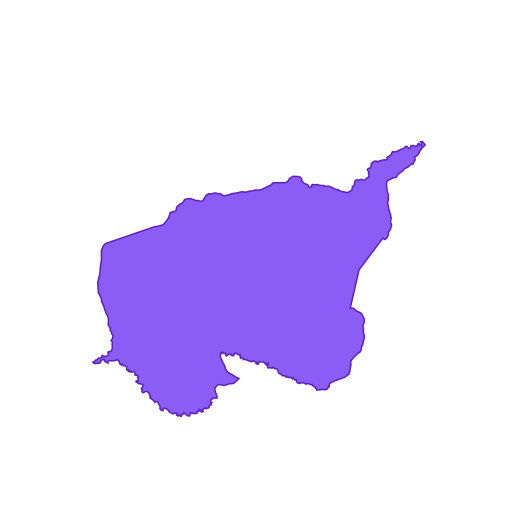 Bom Jesus do Araguaia, Mato Grosso, Brazil (Natural Earth projection), rotated 299°
{"feature_id": "56859067B58410572569646", "entity_name": "Bom Jesus do Araguaia", "entity_type": "district", "adm_level": 2, "iso_a3": "BRA", "parent_name": "Brazil", "parent_adm1": "Mato Grosso", "projection": "natural_earth1", "projection_center": [-51.737, -12.202], "detail": "fine", "context": "isolated", "style": "filled", "palette": "violet", "viewbox_px": 512, "rotation_deg": 299, "n_neighbors": 0, "source": "geoboundaries", "source_scale": "gbopen_adm2", "svg_char_len": 6056}
<svg xmlns="http://www.w3.org/2000/svg" viewBox="0 0 512 512"><g transform="rotate(299 256 256)"><path d="M94.1,169.6L92.6,170.0L91.6,169.6L90.1,167.5L88.3,167.4L87.1,166.1L85.4,166.0L84.2,164.8L83.5,166.7L86.5,171.3L89.5,171.2L90.8,172.0L91.9,173.2L90.8,174.3L90.3,175.6L90.8,177.0L90.7,178.4L91.7,177.7L93.1,178.1L95.3,182.3L98.3,185.5L97.7,186.8L95.7,189.2L95.4,191.0L96.7,191.3L95.7,192.9L96.5,194.9L96.3,196.5L94.8,197.6L93.7,198.0L94.5,199.4L93.2,200.3L94.5,201.0L93.5,201.8L94.3,203.9L95.2,204.4L95.7,206.0L94.9,206.9L93.3,207.6L93.5,209.0L94.2,210.0L93.6,211.6L92.6,211.1L91.0,212.7L89.7,213.5L88.8,211.8L87.7,212.1L87.8,213.9L87.3,215.1L88.3,216.9L88.5,218.6L88.2,219.9L87.1,220.3L85.8,220.2L84.6,219.8L83.4,221.8L82.3,221.8L81.5,223.1L82.1,224.0L83.5,224.6L84.5,226.0L84.7,227.5L83.5,230.1L82.5,230.5L81.7,232.2L80.5,232.0L80.0,236.2L78.9,238.5L80.3,239.2L80.8,241.1L79.6,242.1L78.0,245.0L76.1,245.9L75.2,247.1L75.2,248.6L75.8,249.6L77.2,248.6L78.4,249.3L78.9,252.9L77.6,255.8L77.6,259.8L78.5,260.4L80.1,262.6L78.4,263.6L78.4,265.6L79.8,265.5L79.3,267.1L79.6,268.5L81.7,268.1L82.8,269.3L84.0,269.1L83.7,270.3L83.7,271.8L83.0,273.0L83.8,275.4L87.3,274.9L87.4,276.2L88.6,279.2L90.0,280.7L91.5,280.0L92.7,281.4L94.2,280.7L94.1,282.4L93.2,283.3L93.4,284.6L94.5,285.2L95.1,284.0L97.6,284.6L98.6,285.2L98.1,286.3L100.6,288.5L102.0,287.3L104.3,289.1L105.6,287.9L106.6,288.4L106.6,286.8L107.7,286.3L109.2,286.6L111.7,288.5L112.3,290.1L113.1,290.8L115.6,288.8L117.0,286.7L120.1,284.1L123.9,284.6L125.0,285.4L125.9,286.6L126.5,288.0L127.1,290.5L127.7,291.4L130.9,294.2L133.6,298.1L140.6,300.5L140.6,298.7L140.3,297.6L140.7,293.1L140.6,289.0L141.1,286.8L142.4,284.2L145.1,281.5L146.2,279.4L149.2,275.6L150.2,273.9L151.2,273.1L153.1,272.9L153.9,272.2L154.5,273.3L155.7,273.2L155.2,275.0L156.2,276.7L154.6,277.4L154.3,278.6L155.4,279.2L156.7,279.5L158.2,282.1L157.1,282.7L157.8,284.6L159.2,284.7L160.5,284.4L161.5,285.8L161.2,287.0L161.3,289.2L162.0,290.0L160.5,290.8L159.1,292.0L160.1,292.5L160.2,294.1L159.2,295.1L160.1,295.9L161.3,303.3L162.4,303.9L163.2,304.8L162.9,306.0L163.3,308.4L161.9,308.3L162.2,310.3L164.8,310.1L165.9,311.6L166.9,313.9L166.8,315.4L166.0,316.8L166.7,317.7L168.2,318.6L166.7,319.0L165.7,318.4L165.4,319.5L164.4,319.9L164.0,321.2L165.0,322.1L165.8,324.6L167.1,324.8L166.6,326.8L167.3,328.8L166.8,330.1L164.6,332.6L164.5,334.0L164.6,335.7L164.2,337.3L165.6,340.4L164.6,341.0L165.6,342.1L165.6,343.7L166.6,345.0L166.3,347.5L167.6,347.6L166.8,349.0L166.4,350.3L167.3,351.2L166.1,352.1L165.1,353.7L165.7,356.1L166.9,356.9L167.7,358.2L168.2,359.7L168.1,361.8L169.1,362.5L169.8,363.9L170.0,366.4L170.8,367.2L170.0,368.5L170.3,370.0L169.2,372.4L169.1,373.6L168.1,374.1L171.8,379.2L172.2,381.1L174.5,383.1L176.0,382.6L177.2,383.5L179.7,382.1L181.4,382.8L185.1,385.5L187.1,387.4L188.4,388.2L190.4,390.2L193.1,392.4L197.7,394.5L200.4,394.0L207.3,391.6L209.1,390.2L211.3,390.0L214.5,390.5L216.6,391.3L220.1,392.1L221.3,393.1L222.9,393.6L224.6,393.5L227.6,392.4L231.1,392.1L233.0,391.3L235.9,390.7L238.2,389.9L240.6,387.6L242.5,386.2L244.0,385.6L245.7,384.0L247.3,383.3L250.8,382.6L251.9,382.1L253.9,380.6L256.7,376.4L257.1,374.5L256.7,372.7L256.7,370.0L257.5,366.4L256.1,363.7L294.0,352.8L330.4,357.9L333.3,358.7L332.9,360.7L334.2,361.4L335.7,361.7L337.1,361.7L339.4,361.2L341.5,360.3L343.9,360.7L346.6,360.2L348.4,359.8L349.8,358.6L351.0,357.2L355.1,355.6L356.3,354.2L357.3,353.8L359.0,351.8L361.8,349.1L365.5,346.1L366.2,345.2L369.0,344.7L372.3,342.9L373.8,341.9L376.3,339.3L378.4,337.9L379.6,336.8L382.9,334.9L385.0,334.4L387.5,335.7L390.6,338.0L393.0,340.6L396.3,340.5L397.6,341.4L398.7,341.6L399.9,342.1L401.1,343.1L404.5,343.5L407.0,345.6L410.4,346.8L411.9,347.7L412.8,348.9L415.7,348.5L417.3,348.7L418.3,347.5L419.4,346.9L422.9,348.5L424.6,348.7L428.1,348.4L432.9,349.4L434.0,349.9L435.1,350.1L435.7,349.1L436.8,345.9L435.7,344.5L435.0,345.8L433.9,346.6L432.3,347.0L433.4,343.7L432.0,343.2L430.6,344.0L428.8,341.5L429.1,340.4L428.2,338.9L427.1,338.0L425.9,338.7L424.5,338.2L424.5,336.3L425.0,335.2L424.5,333.8L421.5,333.0L419.7,331.1L415.7,328.5L413.9,326.3L413.7,325.0L412.6,324.7L411.3,325.0L410.1,324.8L408.2,324.3L406.7,323.1L405.5,322.8L404.4,324.1L403.1,323.2L402.2,321.4L400.8,319.7L398.6,317.5L397.5,316.9L397.3,315.0L395.9,313.1L392.6,312.1L389.6,313.3L388.4,313.3L387.5,312.2L386.0,311.4L385.0,311.9L384.6,313.4L383.7,314.3L382.7,314.3L381.6,315.7L379.6,316.2L378.4,315.4L375.2,314.3L374.3,313.1L374.3,311.3L373.3,310.0L372.0,309.0L371.7,307.5L370.7,306.6L369.4,306.2L365.0,307.8L363.5,306.7L360.0,307.9L359.1,307.5L355.9,305.4L353.8,299.2L353.6,295.3L352.6,291.9L352.9,289.8L352.4,286.0L352.0,284.9L350.8,283.7L350.3,280.7L348.9,277.9L348.1,274.9L346.4,272.2L345.9,270.6L344.2,270.3L343.3,271.4L342.1,269.7L341.9,268.3L343.0,267.7L343.4,266.5L342.9,263.4L343.7,259.7L344.8,259.2L345.6,258.3L346.4,256.6L346.3,255.2L343.9,250.1L342.8,249.2L341.1,248.5L339.9,247.6L337.2,247.8L335.0,246.7L334.0,245.6L333.0,243.4L331.6,241.4L329.1,236.6L328.2,235.5L324.4,234.2L322.5,232.5L316.9,228.7L314.5,225.8L313.6,223.6L311.0,221.2L310.1,219.4L306.9,216.1L306.3,215.1L305.7,213.1L305.0,212.1L301.6,208.4L298.9,204.7L296.3,202.5L293.2,199.0L292.9,196.6L293.3,194.6L292.3,192.9L291.3,189.6L288.3,186.4L287.8,184.7L285.6,183.2L283.1,182.8L278.5,182.7L277.3,181.4L276.6,179.9L276.5,178.3L275.2,177.0L275.3,175.3L274.5,171.3L273.9,169.8L272.5,167.9L270.7,166.2L268.3,166.2L266.5,165.8L263.7,163.9L260.7,163.0L259.6,163.1L257.1,164.0L256.1,163.6L255.0,162.7L253.4,160.7L252.3,159.9L247.0,161.1L239.8,160.1L237.5,158.9L233.4,154.6L232.7,153.3L194.0,118.4L191.0,117.5L185.7,118.2L178.1,122.5L171.4,125.0L165.1,127.9L156.1,130.4L147.5,135.9L144.1,141.0L141.2,143.2L138.1,147.3L133.4,152.4L131.6,155.3L129.8,157.1L126.4,159.1L124.7,159.7L123.8,160.5L122.5,163.5L121.0,163.9L120.1,164.8L119.6,166.0L117.8,167.9L117.0,169.6L113.9,170.5L111.9,170.2L111.0,172.2L108.2,173.4L105.7,175.1L103.6,175.4L101.8,175.0L101.3,173.9L100.0,173.1L98.9,174.2L97.6,175.0L96.7,174.2L95.5,173.8L94.1,169.6Z" fill="#8b5cf6" stroke="#5b21b6" stroke-width="1.5"/></g></svg>